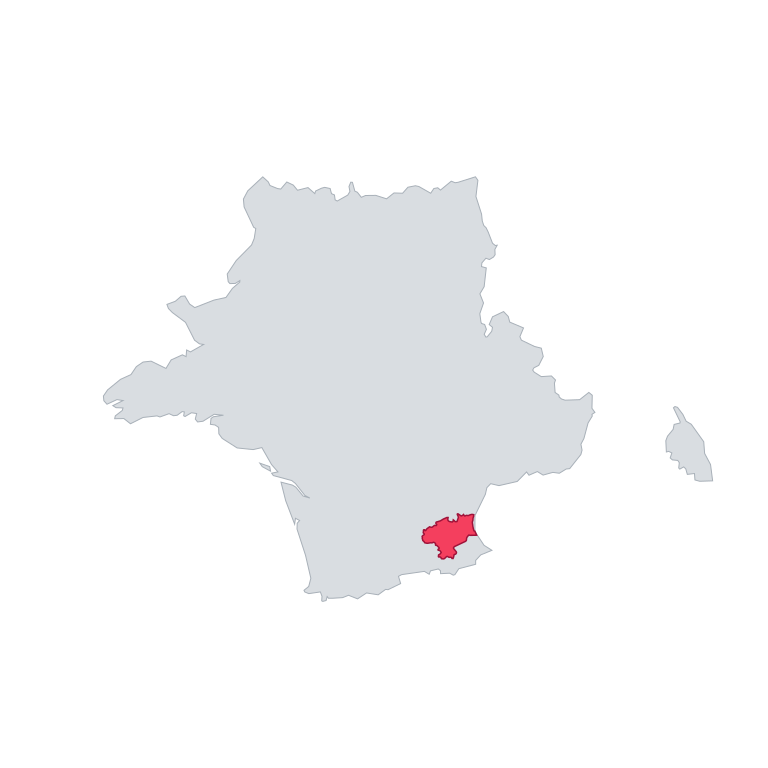 Aude on a map of France (Albers equal-area conic projection), rotated 332°
{"feature_id": "FRA-5271", "entity_name": "Aude", "entity_type": "Metropolitan department", "adm_level": 1, "iso_a3": "FRA", "parent_name": "France", "parent_adm1": "", "projection": "albers", "projection_center": [2.266, 43.047], "detail": "fine", "context": "in_parent", "style": "filled", "palette": "rose", "viewbox_px": 768, "rotation_deg": 332, "n_neighbors": 0, "source": "natural_earth", "source_scale": "10m", "svg_char_len": 6583}
<svg xmlns="http://www.w3.org/2000/svg" viewBox="0 0 768 768"><g transform="rotate(332 384 384)"><path d="M549.1,314.6L545.1,317.2L542.8,322.0L540.3,323.3L535.5,323.6L533.0,320.8L527.3,323.0L525.2,326.1L528.8,329.5L518.1,345.1L511.0,349.4L509.9,359.2L501.6,366.9L498.7,374.8L498.5,376.3L500.8,378.7L500.1,383.8L495.8,387.2L496.0,390.4L497.3,390.8L503.9,388.0L506.4,384.9L504.8,380.9L511.4,375.6L523.6,376.2L525.4,382.7L524.1,388.4L533.5,400.0L526.2,406.0L525.9,409.8L534.5,421.5L539.7,426.2L537.5,434.5L529.4,440.2L524.0,440.1L521.8,441.5L522.2,444.1L526.3,451.3L535.6,455.5L537.3,461.0L534.9,463.2L531.1,471.8L533.2,475.9L532.6,477.8L533.7,480.6L536.3,483.3L549.4,489.7L560.9,487.6L562.6,491.7L556.2,503.1L556.9,508.1L553.4,508.4L552.8,510.1L545.9,514.2L534.9,526.0L529.6,529.6L527.8,535.4L524.7,538.7L508.2,545.9L505.0,544.6L496.9,545.1L491.6,541.3L481.7,539.1L478.3,533.3L469.2,532.6L468.6,528.6L455.9,532.6L437.8,527.7L431.4,522.1L426.2,523.8L421.7,529.0L402.5,542.9L395.0,557.0L396.6,573.4L401.2,581.5L389.2,580.3L382.1,582.8L380.3,586.2L363.4,582.2L357.1,585.6L355.4,585.3L353.2,581.9L344.9,578.0L346.2,575.3L345.1,572.8L337.3,570.8L334.6,573.2L331.7,568.4L310.1,560.6L306.5,560.6L305.0,568.0L291.0,567.5L289.0,566.1L279.9,567.4L270.5,560.3L259.8,561.3L253.5,553.9L247.2,553.2L238.4,549.2L234.4,547.1L234.0,545.0L231.2,548.0L227.9,547.2L227.2,546.2L229.6,542.3L230.2,537.7L219.2,533.8L216.4,530.4L216.5,528.6L222.5,527.4L228.2,521.2L234.3,498.4L239.1,471.2L242.0,466.2L245.4,464.9L242.8,461.0L239.3,465.8L242.4,440.9L247.0,422.3L255.7,430.3L257.7,433.7L260.0,445.0L265.0,449.9L261.8,445.2L259.1,430.2L257.2,425.9L243.3,412.9L242.9,410.0L249.1,411.8L246.9,402.4L246.3,382.8L237.7,380.5L224.3,371.5L215.6,356.1L214.8,350.5L217.6,344.7L215.6,340.9L211.8,338.1L215.1,333.2L217.9,332.8L227.6,336.2L219.8,331.0L206.7,331.9L201.6,330.0L200.9,326.4L204.7,322.1L200.5,319.0L193.1,319.3L192.2,318.0L194.6,314.9L192.8,313.6L186.7,314.5L183.3,313.2L180.3,309.3L170.7,307.9L168.6,305.6L155.5,300.4L141.5,300.1L138.1,292.4L129.9,288.2L131.8,286.0L140.5,284.5L142.3,282.6L136.3,279.1L134.4,275.8L145.8,276.1L140.9,272.4L129.9,271.8L128.8,267.3L130.6,262.9L137.3,259.4L153.5,256.2L165.0,256.9L173.5,252.4L181.6,251.5L189.1,254.5L198.8,267.9L207.4,262.8L219.7,263.6L222.1,266.9L225.7,261.3L228.2,264.8L243.3,264.4L239.9,261.9L237.3,256.4L237.7,236.4L230.7,221.6L229.1,216.2L229.7,211.8L238.6,213.0L246.0,211.3L249.5,212.8L249.9,222.2L252.8,227.7L273.3,230.1L285.1,233.4L295.1,228.4L304.5,226.3L305.3,225.0L299.9,225.4L295.1,223.0L294.5,220.5L297.2,213.3L311.5,205.6L332.3,199.1L337.7,194.6L343.8,186.5L342.5,184.4L343.6,162.0L346.7,154.7L354.4,149.5L374.2,144.2L376.7,151.3L376.5,155.2L381.8,161.5L384.4,163.4L393.0,160.0L397.3,165.8L398.6,172.3L409.1,174.9L412.3,183.4L414.2,181.5L420.8,181.8L423.9,182.5L428.2,186.1L427.0,191.3L429.0,193.8L427.3,198.5L428.6,200.5L440.7,200.2L444.3,198.0L445.8,193.2L449.4,190.2L450.8,191.1L448.8,200.0L450.5,202.2L451.6,208.5L456.2,208.9L465.3,213.6L473.2,221.7L482.5,220.0L490.0,224.3L497.5,221.5L504.8,223.7L507.5,226.0L514.8,237.5L519.8,234.8L523.6,236.0L524.9,239.3L538.6,236.5L541.3,239.7L544.2,240.7L562.0,244.0L562.5,248.3L553.2,261.6L549.9,279.8L547.3,286.2L546.5,290.9L547.5,294.0L547.3,298.9L545.9,310.7L547.3,314.0L549.1,314.6ZM633.6,551.2L633.3,558.7L636.4,563.8L639.2,585.1L634.5,595.8L634.5,608.4L628.7,623.8L617.1,618.1L613.5,614.7L616.1,608.8L609.4,606.2L610.6,600.6L609.7,597.9L605.2,598.0L604.8,596.5L607.8,592.1L607.5,589.4L603.0,586.4L602.0,583.6L605.8,580.0L603.7,577.1L601.4,576.6L606.2,566.4L609.8,563.2L618.0,559.8L621.2,555.9L627.0,557.4L627.8,556.4L628.4,540.9L630.3,540.5L632.2,542.4L633.6,551.2ZM244.3,403.3L242.9,407.7L237.7,399.8L237.2,395.6L244.3,403.3Z" fill="#d9dde1" stroke="#a8b0b8" stroke-width="1"/><path d="M401.9,541.5L401.3,542.3L401.1,542.8L400.6,543.2L400.2,543.7L399.6,544.3L399.1,545.0L398.7,545.8L398.0,546.6L397.2,547.3L396.8,548.3L396.5,549.0L396.2,550.0L395.6,551.4L395.4,552.3L395.1,553.1L394.8,554.5L394.5,555.6L394.6,556.1L395.1,556.4L395.1,557.4L394.9,560.5L394.8,561.0L389.1,558.1L388.1,557.3L387.7,557.2L385.1,558.4L384.5,559.0L383.5,560.5L383.1,560.9L382.1,561.2L369.9,560.6L368.6,561.1L368.2,561.9L369.0,565.8L369.0,566.5L368.7,567.1L367.9,567.7L367.3,567.8L366.2,567.6L365.8,567.6L364.0,569.7L363.0,570.5L362.1,569.9L362.2,569.6L362.2,569.3L362.1,568.9L361.8,568.5L361.4,568.2L361.0,568.0L360.3,567.7L360.0,567.5L359.7,567.1L359.4,566.5L359.1,566.1L358.7,565.8L358.4,565.8L358.0,565.8L355.6,566.5L354.9,566.5L354.6,566.4L354.3,566.3L353.4,565.7L353.1,565.5L352.9,565.4L352.7,565.2L352.7,564.6L352.8,564.2L352.7,563.8L352.6,563.4L352.3,563.0L352.0,562.8L351.6,562.7L351.3,562.6L351.1,562.4L351.0,562.2L351.1,561.7L351.4,561.4L351.6,561.0L351.8,560.7L352.0,560.5L352.3,560.5L353.0,560.5L353.4,560.5L355.1,559.8L355.4,559.6L355.4,559.3L355.4,559.0L355.2,557.6L355.0,557.2L354.8,556.9L354.0,556.4L353.8,556.1L353.8,555.8L354.0,555.5L354.3,555.3L355.0,555.2L355.3,555.0L355.6,554.9L355.7,554.5L355.7,554.1L355.3,552.8L355.1,552.1L355.0,551.7L354.8,551.3L354.1,550.8L353.9,550.5L353.9,550.2L354.1,550.0L354.3,549.7L354.5,549.3L354.5,549.0L354.4,548.4L354.2,548.0L354.0,547.6L353.6,547.2L353.2,546.9L352.2,546.9L351.6,546.7L350.7,546.1L350.1,545.9L347.7,545.1L347.4,544.9L347.0,544.7L346.3,544.0L345.9,543.8L345.6,543.5L345.4,543.2L345.4,542.4L345.3,541.8L344.9,540.8L344.8,540.4L345.1,539.3L345.2,538.5L345.3,538.2L345.9,537.5L345.9,537.1L345.9,536.8L346.1,536.5L346.5,536.2L347.5,536.0L348.5,535.9L348.8,535.8L349.1,535.4L349.1,535.1L349.1,534.9L349.0,534.6L348.9,534.3L348.8,533.9L348.9,533.6L349.1,533.2L349.4,532.9L349.7,532.6L349.9,532.4L350.0,532.1L350.1,531.7L350.5,531.4L351.1,531.6L351.4,531.8L351.5,532.2L351.5,532.5L351.8,532.9L352.1,532.9L352.7,532.6L353.1,532.3L354.2,531.9L357.2,531.5L358.4,532.7L358.7,532.8L359.0,532.9L359.4,533.0L359.8,533.0L360.3,532.9L361.7,532.6L362.2,532.6L362.7,532.8L363.4,533.4L363.7,533.5L364.0,533.4L364.4,533.1L364.6,532.8L364.6,532.5L364.4,531.8L364.4,531.5L364.5,531.2L364.7,530.9L364.9,530.7L365.2,530.5L365.7,530.5L366.4,530.7L369.6,531.3L373.0,531.1L376.9,531.4L377.9,532.0L377.0,533.1L376.5,534.2L376.6,535.3L377.5,536.4L378.6,537.3L379.6,537.9L380.5,537.7L381.4,536.5L381.8,537.4L382.0,538.2L382.2,538.9L383.0,539.4L383.9,539.7L387.0,536.8L387.4,535.3L387.4,533.9L387.6,533.3L388.1,533.2L388.5,533.5L390.0,536.4L390.4,536.8L391.0,536.9L392.7,536.7L393.0,536.6L393.0,537.8L393.3,538.4L393.9,538.6L394.7,538.6L395.2,538.7L396.4,539.6L397.0,539.8L398.6,539.9L399.9,540.2L400.9,540.7L401.9,541.5Z" fill="#f43f5e" stroke="#9f1239" stroke-width="1.5"/></g></svg>